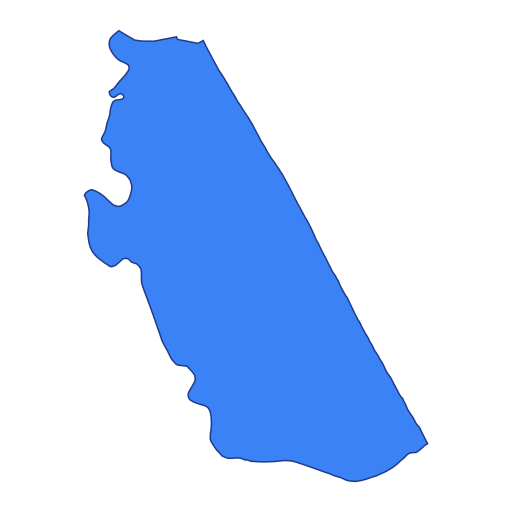 outline of Mai Kaen, Pattani, Thailand
{"feature_id": "78962969B69481933598717", "entity_name": "Mai Kaen", "entity_type": "district", "adm_level": 2, "iso_a3": "THA", "parent_name": "Thailand", "parent_adm1": "Pattani", "projection": "natural_earth1", "projection_center": [101.66, 6.621], "detail": "fine", "context": "isolated", "style": "filled", "palette": "blue", "viewbox_px": 512, "rotation_deg": 0, "n_neighbors": 0, "source": "geoboundaries", "source_scale": "gbopen_adm2", "svg_char_len": 5964}
<svg xmlns="http://www.w3.org/2000/svg" viewBox="0 0 512 512"><path d="M370.5,477.6L376.0,476.0L380.7,473.8L385.7,471.6L392.5,467.6L397.5,463.7L400.5,460.8L404.1,457.8L407.3,454.6L408.7,453.6L410.5,452.9L413.1,452.6L415.2,452.6L417.1,451.9L421.1,448.8L424.4,445.8L425.9,444.6L427.6,443.8L427.3,443.3L426.5,441.6L422.3,433.3L421.2,431.0L419.2,427.1L416.7,424.3L415.5,422.5L414.7,420.8L412.9,417.4L410.2,413.5L407.6,409.4L406.4,406.5L405.3,404.0L403.7,401.1L402.5,398.3L400.9,396.7L399.4,394.4L390.4,377.2L388.4,374.5L386.2,371.2L383.9,366.1L381.9,362.1L381.2,361.4L379.2,358.0L378.1,355.6L376.5,353.3L374.6,350.5L373.8,348.9L372.8,346.8L371.8,344.7L369.3,340.8L368.5,338.6L366.3,334.9L365.4,333.6L361.3,325.9L360.6,324.1L359.6,322.4L358.3,320.1L357.6,319.2L356.7,317.2L355.3,314.7L350.0,303.5L348.9,301.2L348.2,299.8L347.0,297.3L346.1,296.3L343.5,291.9L340.2,285.7L339.7,284.5L338.0,280.3L336.9,278.9L335.5,276.0L333.3,273.0L332.0,270.8L330.0,266.6L328.4,263.6L326.2,259.1L324.9,256.5L321.6,250.5L317.9,242.5L317.3,241.7L316.6,240.7L315.6,238.6L314.5,235.8L313.7,234.0L310.9,227.9L309.7,225.6L307.2,220.8L306.0,218.8L304.4,216.1L298.8,205.5L297.8,204.1L296.7,201.7L295.5,199.6L294.3,197.1L292.1,192.7L288.1,184.9L282.3,174.3L280.7,172.0L279.4,169.7L276.8,166.0L273.9,161.6L272.0,159.2L270.1,156.4L266.7,150.6L265.2,147.8L260.5,140.1L258.8,136.4L256.6,132.8L256.2,131.7L254.6,128.8L252.3,124.2L251.1,122.4L248.1,117.3L246.4,114.9L242.1,108.3L239.6,104.2L238.0,102.1L234.5,95.7L233.4,94.0L232.3,92.5L227.4,83.7L225.9,81.4L224.3,78.5L222.3,75.4L219.5,71.2L218.4,69.5L212.9,59.3L206.0,46.3L203.5,41.0L203.3,40.5L197.9,43.4L188.2,41.4L177.7,39.5L176.5,36.8L172.8,37.6L163.1,39.4L154.1,41.2L142.0,41.1L134.7,40.1L126.6,35.4L118.8,30.7L115.7,33.2L113.5,35.2L111.5,37.2L111.1,37.7L110.6,38.3L110.3,38.8L109.9,39.9L109.5,41.0L109.4,41.4L109.3,42.4L109.2,42.9L109.2,44.3L109.3,45.5L109.6,47.0L109.7,47.5L110.3,49.1L110.7,49.9L111.2,50.9L112.2,52.5L113.4,54.3L114.6,55.8L116.2,57.6L117.3,58.7L117.9,59.2L119.0,60.1L119.5,60.4L120.8,61.1L125.5,63.2L127.0,64.1L127.7,64.6L128.3,65.2L128.6,65.5L128.9,66.3L129.0,66.7L129.1,67.6L129.1,68.0L129.1,68.4L128.9,69.1L128.5,70.0L128.2,70.8L127.7,71.6L126.4,73.5L125.4,74.8L124.0,76.5L120.7,80.1L119.6,81.2L118.7,82.4L116.6,85.1L114.6,87.6L114.1,88.2L113.6,88.7L112.3,89.5L110.1,90.9L109.6,91.3L109.3,91.7L109.2,92.1L109.3,92.5L109.4,93.1L109.9,94.5L110.1,95.0L110.4,95.5L110.8,96.0L111.7,96.6L112.5,97.0L113.3,97.2L113.7,97.3L114.1,97.3L114.3,97.2L115.3,96.7L116.4,96.0L118.0,94.7L118.8,94.2L119.6,93.9L120.0,93.8L120.6,93.8L121.0,93.8L121.4,93.9L121.9,94.2L122.6,94.7L123.1,95.2L123.5,95.7L123.7,96.1L123.8,96.4L123.8,96.7L123.8,97.3L123.6,97.8L123.2,98.3L122.9,98.6L122.3,99.0L121.6,99.3L120.5,99.5L118.2,99.8L116.4,100.0L115.7,100.2L114.7,100.6L114.0,101.1L113.4,101.5L113.0,102.0L112.3,103.2L111.6,105.0L111.0,107.0L110.8,107.7L110.4,109.5L110.3,110.4L110.1,111.8L109.9,114.0L109.7,115.0L109.2,116.9L108.7,118.4L107.8,120.8L106.9,123.6L106.6,124.8L106.1,127.4L105.8,129.0L105.6,129.7L105.4,130.5L104.8,132.0L103.6,134.4L102.6,136.3L101.8,137.9L101.7,138.4L101.6,138.8L101.6,139.2L101.6,139.7L101.7,140.0L102.0,140.7L102.4,141.5L102.6,141.9L103.0,142.3L103.5,142.9L105.0,144.1L105.9,144.8L107.2,145.6L108.3,146.4L109.1,147.1L109.6,147.6L109.8,147.8L110.0,148.2L110.4,148.9L110.6,149.5L110.7,149.8L110.9,151.4L111.0,154.9L110.8,158.2L110.8,158.8L110.9,160.4L111.2,162.4L111.8,165.6L111.9,165.9L112.1,166.6L112.5,167.4L112.8,167.9L113.2,168.5L114.0,169.2L115.2,170.1L116.6,170.8L118.2,171.6L123.1,173.4L123.9,173.7L124.8,174.3L125.4,174.6L126.5,175.5L127.2,176.2L128.0,177.2L128.7,178.0L129.5,179.3L130.0,180.1L130.7,181.7L130.9,182.5L131.5,184.4L131.7,186.0L131.8,187.7L131.7,189.1L131.4,190.7L131.1,192.1L129.9,196.3L128.9,198.8L128.5,199.6L127.7,201.0L127.2,201.7L126.3,202.5L125.8,202.9L124.8,203.6L123.4,204.5L122.3,205.1L121.2,205.7L120.4,206.0L119.7,206.2L119.1,206.3L118.4,206.4L117.4,206.2L116.5,206.1L115.3,205.7L114.0,205.2L112.9,204.6L112.1,204.0L110.8,202.8L108.1,200.3L105.2,197.5L103.9,196.4L101.3,194.4L100.6,193.9L98.6,192.6L95.8,191.2L93.6,190.3L92.9,190.1L92.2,189.9L91.4,189.8L90.6,189.9L90.4,189.9L89.9,190.1L88.3,191.0L86.6,192.2L85.8,192.9L85.3,193.5L85.0,194.1L84.4,195.5L85.6,197.6L87.4,202.1L88.6,207.3L89.1,210.6L89.1,215.0L88.6,219.8L88.7,224.6L87.7,233.5L88.8,241.6L90.2,247.0L92.5,251.8L95.3,255.2L97.2,257.2L101.6,260.6L104.3,262.7L107.7,264.8L109.7,266.4L111.5,266.7L113.9,266.1L116.1,264.9L119.1,262.3L121.0,260.6L122.1,259.3L123.3,258.7L125.1,258.4L126.4,258.4L127.6,258.7L129.1,259.5L131.3,262.0L133.7,262.9L136.5,263.7L138.9,265.9L141.0,269.1L141.5,273.5L141.4,278.7L141.6,282.5L142.5,286.0L151.1,309.2L160.2,335.2L161.9,340.4L164.8,346.2L167.4,350.8L170.3,356.7L171.6,359.2L173.3,361.1L176.2,364.3L178.1,365.1L186.7,366.2L187.0,366.2L187.1,366.3L191.6,371.1L193.6,373.6L194.4,374.7L194.5,375.0L194.8,376.0L195.1,377.2L195.1,378.8L195.1,379.4L195.1,380.3L194.9,381.0L194.8,381.4L193.6,383.6L191.8,386.8L189.1,391.5L188.8,392.0L188.6,392.4L188.5,392.7L188.2,394.5L188.2,395.7L188.3,396.6L188.4,397.0L189.0,398.4L189.2,398.7L190.1,399.8L190.4,400.1L190.6,400.2L193.1,401.7L194.2,402.2L198.7,403.9L201.8,404.8L204.2,405.5L205.3,405.9L206.2,406.3L207.1,407.0L207.4,407.2L207.8,407.6L208.5,408.3L208.7,408.7L209.0,409.2L209.5,410.3L210.0,411.5L210.4,412.9L210.8,414.5L210.9,415.3L211.2,417.5L211.4,422.0L211.4,424.4L211.1,429.1L210.4,433.7L210.3,436.6L210.3,438.6L210.3,439.2L210.4,439.4L210.9,440.9L211.3,441.9L212.3,443.6L213.5,445.5L216.8,450.2L219.6,453.0L222.1,456.0L226.2,457.7L228.2,458.3L230.2,458.3L233.7,458.1L238.1,457.9L240.9,458.3L245.1,460.0L247.5,460.0L250.7,461.2L257.5,461.7L263.9,461.9L275.1,461.5L278.9,461.0L283.9,460.6L287.6,460.6L291.8,461.0L296.0,462.1L303.7,464.6L318.2,469.7L323.0,471.5L330.4,474.0L335.0,476.0L340.5,477.5L343.0,478.6L346.4,480.2L349.5,480.9L353.5,481.3L356.4,481.3L361.3,480.5L367.4,478.8L370.5,477.6Z" fill="#3b82f6" stroke="#1e3a8a" stroke-width="1.5"/></svg>